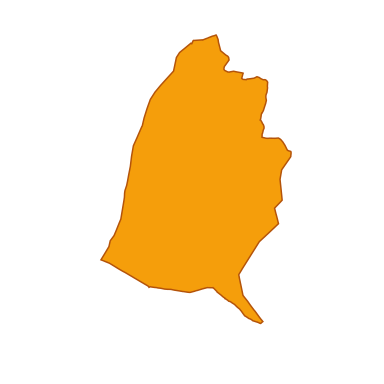 outline of San Pedro Jicayán, Oaxaca, Mexico, rotated 74°
{"feature_id": "50627088B38884346620814", "entity_name": "San Pedro Jicayán", "entity_type": "district", "adm_level": 2, "iso_a3": "MEX", "parent_name": "Mexico", "parent_adm1": "Oaxaca", "projection": "albers", "projection_center": [-98.034, 16.464], "detail": "fine", "context": "isolated", "style": "filled", "palette": "amber", "viewbox_px": 384, "rotation_deg": 74, "n_neighbors": 0, "source": "geoboundaries", "source_scale": "gbopen_adm2", "svg_char_len": 3361}
<svg xmlns="http://www.w3.org/2000/svg" viewBox="0 0 384 384"><g transform="rotate(74 192 192)"><path d="M336.1,159.6L334.6,160.2L333.3,160.8L331.5,161.5L331.3,161.6L323.9,164.3L322.9,164.8L318.5,166.5L315.8,167.5L312.5,168.6L307.7,170.6L305.4,171.5L298.9,171.0L296.2,170.8L287.9,170.2L286.2,170.0L284.5,169.9L283.8,169.3L280.5,165.7L279.7,164.9L275.5,160.2L275.4,160.1L258.3,141.0L251.8,128.2L246.3,117.6L246.2,117.6L241.5,117.4L237.7,117.3L236.0,117.3L230.9,117.1L230.3,117.1L229.7,116.1L229.4,115.6L227.7,112.7L226.4,110.4L225.5,108.9L224.7,107.6L220.4,106.8L204.1,103.9L195.4,99.7L185.5,87.6L184.8,87.1L184.0,86.9L182.7,86.3L181.4,85.9L180.6,85.8L180.2,85.9L179.3,87.3L179.2,87.6L178.1,88.8L177.8,88.8L177.1,89.0L172.7,89.8L168.7,91.0L168.1,91.3L166.3,92.1L165.0,93.0L164.0,94.0L163.9,94.2L163.3,97.3L161.6,102.8L161.4,104.1L160.7,106.1L158.7,109.6L155.6,108.6L155.3,108.4L155.0,108.0L154.5,107.8L153.6,107.2L152.5,106.7L150.6,105.2L149.2,104.8L147.9,104.8L147.5,104.8L146.7,104.9L145.9,105.3L144.8,105.5L144.4,105.5L141.7,106.2L141.8,106.3L141.6,106.6L141.2,106.3L140.9,106.1L140.7,105.9L138.2,104.7L137.0,104.2L136.1,103.7L135.4,103.2L135.5,103.0L134.1,101.6L133.2,100.8L131.8,99.9L129.7,98.5L127.2,96.8L125.2,95.7L124.5,95.3L123.9,95.2L122.8,95.1L121.8,95.0L120.2,94.6L118.9,94.0L116.9,92.5L112.8,90.7L111.1,90.4L107.8,89.2L107.3,89.0L105.4,89.6L104.4,90.5L104.1,91.0L103.9,91.8L103.8,92.4L103.4,93.0L102.1,94.5L100.4,95.9L99.1,97.8L99.7,100.9L98.9,106.6L98.6,107.9L99.0,108.8L97.8,112.0L96.5,112.9L92.3,110.4L91.9,110.1L91.3,111.0L88.8,116.1L87.4,118.7L87.1,121.5L87.0,122.5L87.1,122.9L86.5,124.5L84.2,127.0L83.1,127.5L81.9,127.2L80.3,126.3L76.2,121.1L75.3,120.0L72.7,119.7L72.1,119.9L71.2,120.3L69.6,121.8L64.0,125.6L63.3,125.5L55.5,125.3L52.6,124.9L49.2,125.2L47.7,125.6L47.9,127.7L47.8,129.5L48.5,136.6L48.8,139.7L48.7,139.7L47.1,147.3L46.7,148.8L46.8,149.1L47.0,149.3L49.4,151.4L48.9,152.0L48.7,152.1L54.5,165.5L58.4,169.9L70.7,176.4L80.6,192.4L85.7,199.9L91.5,206.5L96.6,210.2L99.7,212.4L107.6,217.6L114.8,221.6L115.4,222.3L124.9,230.1L131.4,235.6L140.9,240.2L150.4,244.2L158.0,248.1L163.9,251.0L167.7,253.0L172.1,256.0L174.5,257.1L178.4,258.4L181.3,259.7L198.5,267.9L201.6,270.4L208.3,275.6L212.4,278.9L216.3,284.0L221.6,286.9L227.6,293.3L232.1,298.2L237.7,291.0L245.9,283.5L248.7,280.8L250.1,279.4L250.2,279.2L252.4,277.1L256.2,273.5L256.9,272.8L257.6,272.2L261.7,268.3L265.0,265.2L269.6,260.8L270.8,259.8L271.8,259.6L271.5,258.3L271.8,257.9L273.6,253.9L273.9,252.9L274.7,251.4L274.8,251.3L275.8,248.8L277.7,245.2L277.8,245.0L278.7,242.6L279.8,239.1L281.4,236.1L281.6,235.7L283.5,231.6L284.3,230.0L284.5,229.5L285.0,228.6L285.4,227.5L286.9,224.3L287.8,222.2L288.0,221.4L288.1,216.9L288.0,215.4L288.1,213.9L288.0,208.8L288.1,203.8L289.7,198.7L290.0,198.2L289.9,198.1L290.8,197.5L294.3,195.6L295.4,195.3L295.5,195.1L299.1,192.5L301.2,191.2L303.2,189.6L303.3,189.5L303.6,189.7L304.2,189.0L305.8,187.6L307.1,186.8L308.0,185.3L309.1,184.5L309.2,184.4L310.7,183.1L311.9,182.0L312.0,182.0L314.7,180.5L314.8,180.4L315.2,180.2L316.8,179.1L317.6,178.5L318.6,178.1L319.9,177.5L323.1,176.4L323.9,176.1L324.7,175.8L325.6,175.5L325.9,175.1L327.1,174.0L328.2,173.1L329.4,172.1L330.2,170.9L331.5,169.7L332.4,169.2L335.2,165.0L335.2,164.9L336.3,163.6L337.0,162.8L337.3,162.2L336.5,160.6L336.1,159.6Z" fill="#f59e0b" stroke="#b45309" stroke-width="1.5"/></g></svg>